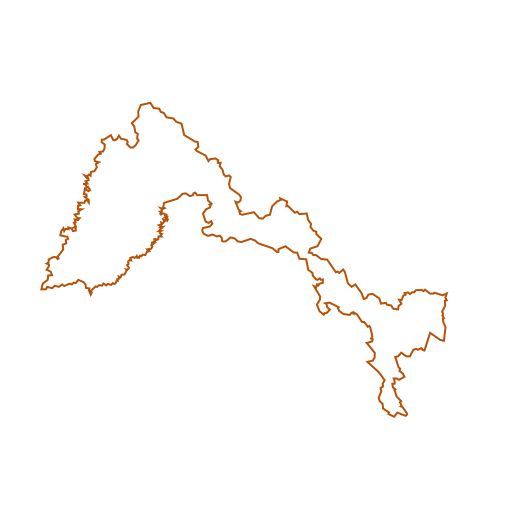 Istmina, Chocó, Colombia (Robinson projection), rotated 103°
{"feature_id": "7082276B37005238590154", "entity_name": "Istmina", "entity_type": "district", "adm_level": 2, "iso_a3": "COL", "parent_name": "Colombia", "parent_adm1": "Chocó", "projection": "robinson", "projection_center": [-76.831, 4.831], "detail": "fine", "context": "isolated", "style": "outline", "palette": "amber", "viewbox_px": 512, "rotation_deg": 103, "n_neighbors": 0, "source": "geoboundaries", "source_scale": "gbopen_adm2", "svg_char_len": 6099}
<svg xmlns="http://www.w3.org/2000/svg" viewBox="0 0 512 512"><g transform="rotate(103 256 256)"><path d="M315.8,128.6L323.6,118.5L328.2,117.6L331.6,118.6L334.1,123.6L341.7,110.0L348.1,102.7L352.1,103.9L354.5,102.8L356.6,105.0L359.5,103.5L366.4,104.6L369.6,102.8L371.6,99.4L376.0,97.9L378.5,91.4L380.2,91.4L381.5,85.2L376.8,83.0L378.1,74.4L376.6,73.2L375.1,73.8L370.2,79.3L369.9,81.1L369.2,80.4L366.2,82.8L364.8,81.9L361.3,87.3L354.9,91.2L354.5,90.5L353.2,93.1L349.7,94.4L349.3,92.3L347.8,92.3L344.4,94.3L343.7,91.7L344.5,88.9L340.3,84.2L337.5,86.5L335.7,90.4L333.4,90.2L332.4,92.0L323.1,97.6L321.8,95.0L317.5,92.7L319.9,87.0L319.2,83.5L312.0,81.6L310.5,79.2L311.0,77.4L308.5,74.0L310.1,72.6L310.2,70.6L291.7,69.0L296.3,57.7L296.4,53.8L282.9,55.3L278.6,58.4L275.0,59.8L274.4,58.8L272.1,61.0L270.4,60.6L268.4,62.1L261.7,60.5L257.1,61.9L256.2,60.2L254.0,62.1L249.6,61.7L252.3,65.4L251.6,73.9L252.8,74.7L253.5,78.0L250.8,83.8L252.6,85.0L251.7,87.0L253.4,92.6L255.8,93.7L256.0,95.4L258.5,97.4L257.3,99.7L258.8,102.8L260.0,101.6L261.5,103.6L266.0,104.2L266.4,106.7L269.8,103.5L272.5,105.8L276.1,105.6L276.4,110.6L273.8,113.1L274.0,117.6L272.4,118.9L274.3,123.5L269.6,126.3L266.7,133.8L268.3,137.8L272.2,139.0L273.6,141.4L268.3,144.9L261.4,152.8L264.5,155.9L262.0,160.3L251.4,165.9L249.6,168.0L253.7,171.0L252.8,173.1L253.9,174.5L243.5,185.8L244.3,191.8L241.6,197.7L242.2,200.4L240.4,202.4L240.9,205.3L236.6,204.8L232.6,198.3L224.6,196.2L221.1,202.1L218.8,202.8L218.4,205.9L215.4,209.5L212.3,209.6L208.9,213.5L203.2,216.1L205.4,223.2L203.7,225.8L205.1,227.9L200.2,235.9L200.7,237.6L195.9,237.9L194.4,245.4L195.8,244.6L198.2,247.8L204.1,251.5L212.7,251.7L214.7,255.7L218.1,257.8L218.4,261.4L213.8,267.9L218.9,278.6L218.7,281.0L216.6,282.1L215.7,281.0L214.8,283.3L207.7,288.2L208.1,285.7L205.6,283.6L202.2,283.9L200.0,286.1L195.7,296.5L191.9,298.5L184.7,298.4L183.6,300.4L185.3,303.3L184.0,305.6L179.4,308.1L176.6,311.6L173.1,311.5L173.8,314.2L171.3,314.4L170.1,317.5L172.0,322.6L174.2,323.7L169.5,327.6L167.0,337.5L165.9,338.9L162.7,336.7L158.1,338.4L158.2,341.2L154.3,353.2L143.8,358.3L143.2,363.9L140.6,367.3L141.0,374.4L137.3,378.1L137.0,381.2L134.2,383.5L134.9,389.0L130.5,393.4L134.8,402.2L141.6,403.3L146.7,401.8L154.5,406.9L157.1,403.8L162.7,401.4L163.5,398.7L168.3,398.3L169.6,396.4L175.2,398.2L178.0,400.3L178.5,402.9L175.9,407.0L173.8,406.6L171.9,408.4L172.2,413.8L169.6,416.6L173.5,417.9L175.1,419.8L175.0,421.3L170.9,424.6L176.7,430.2L177.3,432.4L179.8,432.0L181.4,428.4L185.3,427.8L188.5,428.5L189.9,431.9L191.3,430.3L192.7,432.7L198.1,435.3L199.9,434.2L200.0,430.2L202.4,432.7L205.5,431.0L209.6,432.5L211.3,435.8L215.0,435.2L214.2,437.1L216.3,438.5L216.0,441.1L218.0,438.5L217.1,437.6L219.6,436.1L221.5,438.8L223.4,436.5L224.8,440.6L224.6,437.8L227.6,436.5L226.5,435.3L229.1,432.5L230.6,433.9L228.9,437.8L234.3,437.6L234.2,435.0L235.9,434.5L237.0,436.2L238.9,431.6L241.5,431.0L239.7,432.9L240.4,435.0L242.8,435.2L244.0,441.1L246.1,438.7L247.0,440.7L250.4,440.0L249.7,436.3L252.4,439.2L254.5,438.1L256.4,442.0L259.3,438.6L258.9,436.4L261.1,437.6L261.1,440.9L263.8,439.4L264.5,440.9L268.0,438.0L269.2,439.7L269.3,438.1L271.7,437.3L272.9,440.0L270.8,441.6L270.4,445.3L272.0,444.7L272.5,447.7L274.8,448.5L272.3,449.9L275.9,451.4L279.9,451.3L279.8,444.1L281.4,442.9L283.3,444.9L286.4,443.8L288.5,446.9L293.0,445.3L301.1,449.0L302.9,447.8L303.6,448.7L302.2,450.2L302.4,452.9L306.0,457.2L309.2,456.7L310.4,458.2L311.0,455.7L312.7,455.5L316.5,456.9L317.4,452.6L320.6,450.4L321.7,454.1L326.1,453.6L330.9,457.6L336.8,457.6L335.6,453.1L333.1,452.6L333.2,447.3L330.2,445.4L330.4,441.2L327.4,438.3L328.3,436.0L325.0,431.6L325.1,429.1L322.9,427.5L322.9,425.4L319.2,423.8L320.3,418.0L322.2,415.6L325.3,414.6L325.1,411.0L327.1,411.1L330.9,408.3L328.5,407.8L327.0,409.0L321.7,405.4L321.9,404.0L319.6,402.1L319.6,399.4L317.1,398.3L318.3,395.4L316.6,394.3L316.8,390.7L314.6,389.4L315.2,387.9L314.3,386.7L311.3,386.2L311.2,385.1L309.8,385.9L308.9,384.4L306.9,385.2L307.4,383.2L304.6,382.8L303.5,380.0L299.1,378.7L298.4,379.5L298.4,378.3L296.2,377.1L293.8,379.6L292.3,378.4L290.1,379.4L288.4,378.3L288.4,376.7L286.2,378.1L284.7,375.9L285.2,373.9L283.8,372.9L284.3,371.7L282.9,371.9L284.1,369.6L281.8,368.9L282.1,366.7L281.6,367.8L280.2,366.6L280.0,364.1L276.2,363.1L275.8,362.0L274.4,363.2L274.6,361.3L273.5,362.2L272.6,359.8L270.1,359.1L269.2,360.4L267.0,360.2L267.6,359.2L265.8,357.6L265.6,359.3L264.5,357.8L262.6,358.9L262.0,357.6L263.1,356.9L261.8,355.1L258.9,355.4L258.2,352.5L257.5,353.6L255.7,352.7L255.6,354.4L254.1,355.3L253.2,354.3L253.6,356.4L248.6,353.2L249.5,355.8L248.2,355.2L247.7,357.4L246.3,355.1L244.8,355.8L245.2,354.3L242.8,352.9L241.6,354.2L241.5,352.2L240.5,352.2L241.7,350.5L240.4,350.1L239.1,351.0L239.9,351.8L238.2,351.4L238.9,353.4L237.2,352.1L237.0,353.4L236.0,352.9L235.3,356.3L237.0,358.1L236.5,358.7L235.2,358.0L234.3,359.5L233.5,357.9L231.9,358.1L230.8,359.7L230.9,357.3L229.9,355.9L229.6,357.4L224.9,357.5L217.9,345.5L211.9,341.5L210.8,338.5L212.5,333.8L211.0,331.2L209.0,331.0L207.9,329.5L209.9,326.9L207.7,317.3L212.7,315.3L215.1,311.1L216.4,312.7L217.0,311.6L219.2,311.9L221.6,315.1L226.6,317.2L233.8,312.8L234.4,309.6L232.2,307.5L234.4,305.8L237.7,307.7L240.7,314.1L243.4,314.1L246.0,312.1L247.2,307.3L244.9,303.2L245.7,298.5L244.3,295.8L245.9,293.5L248.8,292.7L249.3,291.0L248.4,288.6L243.7,285.1L243.7,280.7L245.8,277.2L245.8,273.6L240.5,265.0L241.1,260.5L243.2,256.5L244.7,241.7L247.4,236.5L247.0,235.1L244.3,235.6L239.9,229.5L244.1,220.0L243.5,216.6L248.9,213.1L247.9,206.4L257.7,202.0L259.7,197.3L262.4,196.2L265.0,192.6L265.5,191.0L263.4,188.8L264.6,187.4L263.8,185.6L267.1,184.8L268.8,188.1L270.7,188.6L269.9,190.1L272.8,190.4L272.4,192.7L281.0,184.4L284.2,183.9L289.7,185.7L295.5,181.7L297.9,176.8L296.4,176.4L295.5,174.2L291.6,171.9L289.8,175.3L286.9,176.4L286.5,177.8L284.9,174.0L287.3,163.9L288.6,164.4L290.8,162.6L292.8,158.0L292.4,151.5L289.8,150.0L290.3,147.9L289.0,148.3L290.1,144.5L296.5,137.8L296.0,135.5L299.8,131.1L298.7,130.0L299.5,128.8L308.2,124.5L310.5,125.3L310.9,123.5L313.2,123.8L315.8,128.6Z" fill="none" stroke="#b45309" stroke-width="2"/></g></svg>